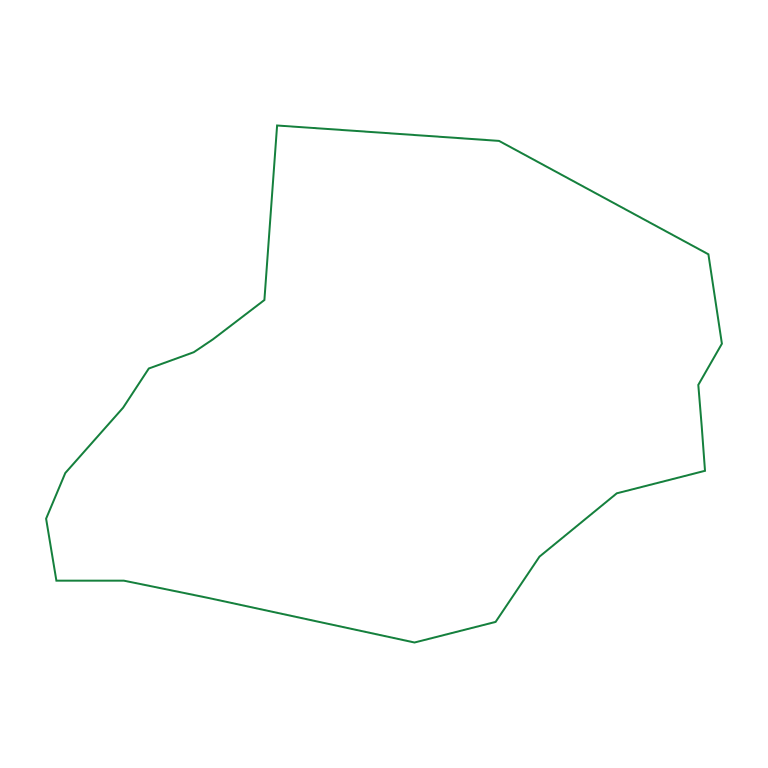 SVG path tracing the border of Fria
{"feature_id": "GIN-5638", "entity_name": "Fria", "entity_type": "Prefecture", "adm_level": 1, "iso_a3": "GIN", "parent_name": "Guinea", "parent_adm1": "", "projection": "mercator", "projection_center": [-13.527, 10.477], "detail": "fine", "context": "isolated", "style": "outline", "palette": "green", "viewbox_px": 768, "rotation_deg": 0, "n_neighbors": 0, "source": "natural_earth", "source_scale": "10m", "svg_char_len": 388}
<svg xmlns="http://www.w3.org/2000/svg" viewBox="0 0 768 768"><path d="M277.1,125.5L499.0,140.9L708.4,254.3L721.9,343.7L698.3,384.9L701.7,426.1L705.0,470.8L616.8,493.3L539.5,556.6L495.6,621.9L414.5,642.5L207.6,597.8L124.0,580.7L56.4,580.7L46.1,518.7L65.3,473.0L123.1,407.7L148.8,368.5L193.8,352.2L213.1,339.2L264.4,300.0L277.1,125.5Z" fill="none" stroke="#15803d" stroke-width="2"/></svg>